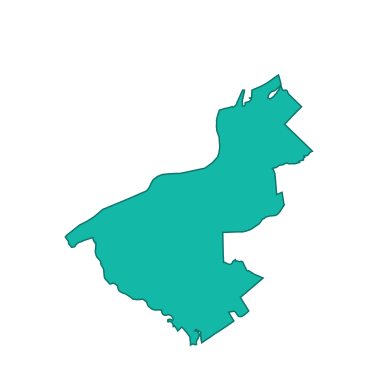 the district of Seimeni, Constanta, Romania, rotated 23°
{"feature_id": "2599482B22406504388694", "entity_name": "Seimeni", "entity_type": "district", "adm_level": 2, "iso_a3": "ROU", "parent_name": "Romania", "parent_adm1": "Constanta", "projection": "orthographic", "projection_center": [28.127, 44.413], "detail": "fine", "context": "isolated", "style": "filled", "palette": "teal", "viewbox_px": 384, "rotation_deg": 23, "n_neighbors": 0, "source": "geoboundaries", "source_scale": "gbopen_adm2", "svg_char_len": 5946}
<svg xmlns="http://www.w3.org/2000/svg" viewBox="0 0 384 384"><g transform="rotate(23 192 192)"><path d="M92.9,282.8L97.7,285.9L98.7,287.8L102.7,290.0L105.1,288.5L105.3,288.0L105.9,285.6L106.2,284.9L107.8,282.2L109.1,281.3L111.8,278.5L117.0,273.9L118.8,272.7L119.4,273.2L119.4,273.5L119.5,274.1L120.9,275.7L121.0,275.6L121.4,275.7L122.0,275.8L122.2,276.0L122.9,276.9L123.3,276.4L123.5,276.6L123.3,277.0L123.5,277.0L123.6,277.3L123.7,277.6L124.1,277.9L124.8,279.7L125.6,282.5L126.0,283.9L126.4,284.9L126.7,285.4L127.0,285.9L129.1,288.4L129.5,288.8L129.8,289.0L134.3,291.1L134.6,291.3L134.9,291.6L135.2,291.9L136.1,293.7L136.3,294.0L136.6,294.3L136.9,294.6L139.7,296.6L140.4,297.2L140.9,297.7L141.2,298.3L144.2,303.9L144.7,304.8L146.6,306.3L146.9,306.3L148.1,306.8L148.8,307.2L149.3,307.4L152.0,308.7L152.8,308.6L153.2,308.4L153.5,308.1L154.5,307.1L154.7,306.9L155.0,306.8L156.3,306.6L156.8,306.6L160.1,307.5L162.0,310.2L163.3,311.2L164.8,311.8L167.6,312.0L170.8,311.7L173.8,312.3L176.5,312.7L179.5,313.7L180.5,313.3L182.1,313.0L183.6,312.5L184.2,312.2L185.1,311.7L185.9,311.4L186.6,311.0L187.2,310.6L188.0,310.1L188.5,310.1L189.2,310.0L189.5,310.0L189.9,310.1L191.0,310.4L191.9,310.6L192.2,310.8L193.0,310.6L193.2,310.9L193.6,311.5L194.0,311.7L194.2,312.0L194.4,312.2L195.0,313.0L195.6,313.6L196.0,313.8L196.3,314.0L196.6,314.3L197.1,314.4L200.6,315.4L201.5,315.4L202.9,315.3L203.8,315.0L204.0,314.8L204.3,314.9L204.6,314.9L205.6,314.4L206.9,313.7L208.0,313.3L208.7,313.1L209.2,313.1L209.3,313.0L209.5,312.8L209.9,312.6L210.2,312.7L210.5,313.3L211.2,314.5L212.2,315.4L213.1,315.9L213.9,316.1L214.8,316.2L215.7,315.8L216.6,315.4L217.1,315.0L217.5,314.5L218.0,314.1L218.5,314.0L220.6,314.0L221.7,314.1L222.1,314.4L223.2,315.3L223.6,315.5L224.7,316.7L224.1,317.8L221.6,317.6L220.6,318.1L219.8,318.9L219.7,319.1L220.0,319.8L220.1,320.3L220.2,320.6L220.3,320.6L220.8,320.9L221.0,320.6L220.9,320.4L221.0,320.0L221.5,320.0L222.0,320.1L223.0,319.8L223.9,319.7L224.3,319.8L227.1,322.1L227.2,322.4L227.0,323.0L227.2,323.3L227.4,323.2L228.2,322.2L230.2,323.2L231.5,324.1L233.2,325.4L235.3,320.5L236.3,320.7L237.2,320.9L237.5,321.1L239.5,322.2L240.7,322.7L241.7,323.2L244.3,324.7L246.0,325.8L246.5,326.2L246.9,326.6L247.1,326.8L247.2,327.0L248.1,328.8L249.4,331.1L249.9,332.4L250.4,333.5L251.6,332.0L251.9,331.8L252.4,331.5L252.8,331.4L253.6,331.4L254.2,331.4L254.6,331.4L255.0,331.1L255.4,330.8L255.7,330.5L255.4,330.1L255.3,329.8L254.9,329.2L254.4,327.4L254.3,326.9L254.3,326.6L254.3,326.2L254.5,325.8L254.7,325.5L254.8,324.1L254.7,322.3L254.5,320.9L254.3,320.1L254.2,320.0L253.9,319.7L253.6,319.5L252.9,319.0L252.4,318.8L252.0,318.6L251.3,318.3L250.9,318.0L250.7,318.0L249.6,318.5L249.1,318.7L248.6,318.8L249.4,316.8L249.7,316.9L255.0,317.6L255.4,319.0L255.9,320.5L256.0,321.3L256.3,321.6L257.1,322.0L257.3,323.2L259.9,327.0L263.7,321.0L265.5,318.4L267.0,315.9L267.7,314.8L267.9,314.3L273.3,306.5L281.0,294.5L281.0,294.4L277.7,292.0L276.1,291.0L272.7,288.3L273.9,287.4L274.0,287.4L277.1,285.5L277.7,285.3L278.4,285.4L279.1,285.7L282.0,287.6L282.8,288.0L283.7,288.2L284.6,288.1L285.5,287.7L286.7,286.7L288.3,284.5L289.7,281.7L290.6,279.8L290.7,279.3L288.7,277.9L277.6,270.0L279.2,267.2L291.1,243.4L284.0,243.4L281.6,243.4L280.1,243.2L275.6,242.4L275.0,242.4L274.9,242.4L274.6,242.5L274.0,243.1L273.9,243.1L273.1,242.8L269.2,239.5L266.1,236.6L265.3,236.4L264.7,236.4L264.2,236.6L263.7,237.2L263.2,237.6L262.7,237.7L262.1,237.7L260.7,237.9L260.1,238.0L259.6,238.5L258.3,237.3L256.9,239.7L256.7,240.2L256.7,241.9L256.3,242.8L255.9,243.3L255.1,243.8L254.0,244.1L253.1,244.2L250.9,244.0L249.7,244.0L249.2,244.1L248.6,244.5L244.8,236.6L239.1,223.8L239.0,223.6L236.1,217.2L248.8,211.2L254.6,208.7L255.5,208.0L256.6,207.2L259.6,204.5L260.3,203.9L260.8,203.3L261.4,202.6L261.8,201.9L264.4,197.8L264.9,197.0L266.0,195.4L266.2,195.0L267.0,191.9L267.4,189.6L267.6,189.2L267.8,189.0L268.7,188.3L268.8,188.1L269.2,187.3L269.4,186.6L269.7,186.3L272.0,184.5L272.4,184.1L272.8,183.7L274.0,183.2L276.4,181.8L276.7,181.7L277.1,181.6L278.3,180.5L279.2,179.5L279.3,179.2L279.7,178.4L280.0,177.4L280.5,176.3L280.6,175.7L282.0,167.6L281.5,167.5L275.0,157.1L271.0,161.3L265.0,150.0L265.0,149.9L261.0,142.5L260.8,142.4L260.4,142.1L258.3,139.8L256.9,139.1L256.7,138.8L260.0,136.5L261.7,133.7L262.5,132.9L264.7,131.6L265.6,130.8L266.3,129.7L267.4,128.7L268.4,128.2L270.3,128.2L272.5,127.0L275.5,125.9L279.4,122.8L278.4,122.1L279.8,120.8L282.1,119.1L281.3,117.1L281.8,116.6L282.2,116.0L280.9,114.8L282.6,114.1L283.7,113.5L284.3,112.5L284.7,111.5L284.8,110.2L285.3,109.2L286.9,107.4L250.8,93.5L252.4,89.2L252.6,88.4L254.2,84.3L257.7,75.2L257.9,74.8L259.5,70.7L242.6,64.1L241.2,63.1L241.0,62.9L240.9,62.5L240.2,61.8L239.4,61.6L238.7,61.5L238.0,61.7L237.1,62.6L236.5,62.7L235.2,62.4L234.0,61.3L232.9,60.0L231.7,62.2L232.3,63.2L231.6,65.4L231.2,67.0L231.2,68.2L230.4,69.8L230.3,70.9L229.6,72.5L228.3,74.9L227.2,75.8L225.1,75.8L224.8,75.5L224.7,74.1L224.7,71.7L225.4,69.8L226.5,68.1L227.9,67.0L229.5,64.8L230.6,62.6L232.1,58.5L231.0,57.3L231.1,57.1L227.5,52.4L226.8,51.5L225.8,50.5L218.3,62.6L214.8,67.1L207.4,74.8L209.0,79.1L209.8,81.0L209.9,81.4L209.4,82.3L208.3,83.0L208.6,83.2L210.1,83.0L210.5,83.9L209.2,86.7L208.4,87.0L207.6,88.1L207.2,88.1L206.7,88.3L206.2,88.7L206.0,89.1L206.2,89.6L206.6,90.1L207.0,90.8L206.7,92.4L206.5,92.5L205.2,92.8L204.9,92.9L204.8,92.7L203.7,90.5L202.9,89.2L202.5,87.7L201.9,84.3L200.9,79.2L200.5,77.8L198.8,78.4L198.7,80.7L198.6,89.4L198.5,92.9L198.7,93.3L198.6,94.6L198.4,94.8L197.8,96.3L196.7,98.2L195.6,97.7L192.8,100.2L189.6,102.3L186.1,105.3L185.2,105.9L185.7,111.5L186.4,116.1L187.8,119.0L188.9,122.2L191.2,126.2L195.4,130.7L200.0,139.8L201.5,145.3L201.9,149.7L199.4,157.1L194.6,165.0L174.1,179.4L169.6,181.4L164.1,184.1L158.2,187.3L154.2,191.1L151.6,195.7L151.1,199.0L150.8,205.1L149.8,208.7L136.5,222.7L116.6,243.0L113.8,248.7L111.3,253.5L106.5,260.4L101.4,266.4L94.0,280.1L92.9,282.8Z" fill="#14b8a6" stroke="#0f766e" stroke-width="1.5"/></g></svg>